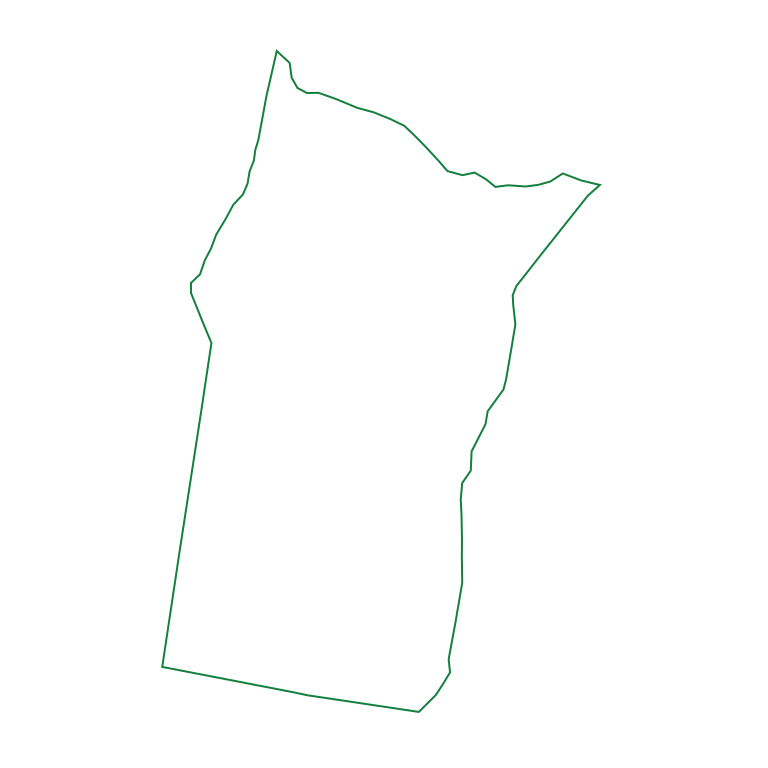 Horizonte, Ceará, Brazil (Natural Earth projection), rotated 94°
{"feature_id": "56859067B1428570185316", "entity_name": "Horizonte", "entity_type": "district", "adm_level": 2, "iso_a3": "BRA", "parent_name": "Brazil", "parent_adm1": "Ceará", "projection": "natural_earth1", "projection_center": [-38.493, -4.093], "detail": "fine", "context": "isolated", "style": "outline", "palette": "green", "viewbox_px": 768, "rotation_deg": 94, "n_neighbors": 0, "source": "geoboundaries", "source_scale": "gbopen_adm2", "svg_char_len": 1095}
<svg xmlns="http://www.w3.org/2000/svg" viewBox="0 0 768 768"><g transform="rotate(94 384 384)"><path d="M170.4,182.5L167.2,201.5L161.5,220.3L170.4,232.2L174.5,243.7L177.1,256.4L177.1,274.0L179.6,286.7L172.9,296.1L166.8,308.3L170.2,320.3L167.2,335.5L156.6,346.1L143.7,359.9L133.3,371.7L125.0,381.8L119.3,396.1L113.7,413.2L110.4,429.9L103.1,451.7L98.1,469.6L99.1,481.1L94.8,490.9L84.9,497.5L70.3,500.5L59.3,514.2L105.4,521.4L149.6,526.4L159.3,528.7L170.2,529.4L181.2,532.9L193.7,534.1L204.7,537.9L215.6,546.8L230.2,553.4L246.7,561.8L260.8,566.0L273.2,571.4L287.4,575.2L296.7,583.6L306.7,582.9L339.9,566.7L355.1,559.0L399.1,562.5L414.9,563.7L567.4,576.4L681.7,585.5L697.7,454.1L699.9,438.3L708.7,326.4L690.6,310.6L679.7,304.5L667.1,298.0L654.1,300.3L639.5,298.7L617.2,296.1L576.7,292.1L549.5,294.4L535.9,295.2L523.2,296.3L509.6,297.5L494.0,299.4L477.4,299.1L464.4,291.4L445.1,291.9L416.9,279.9L404.0,278.7L381.1,264.4L370.7,262.5L356.5,261.1L340.5,259.5L315.6,257.1L296.1,260.6L286.4,261.8L277.1,258.8L245.2,237.2L181.8,193.7L170.4,182.5Z" fill="none" stroke="#15803d" stroke-width="2"/></g></svg>